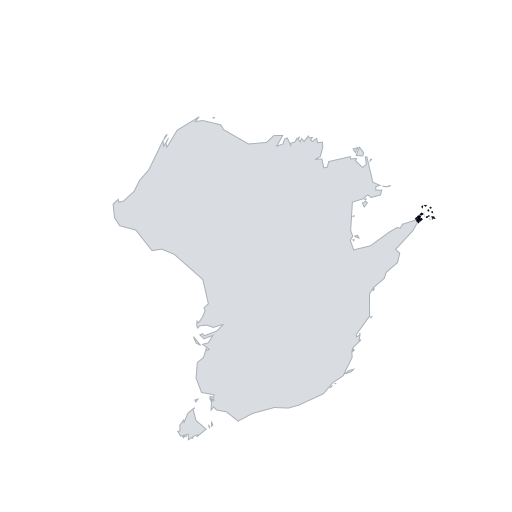 Torres, Queensland, Australia (highlighted), rotated 53°
{"feature_id": "25037944B43303794043608", "entity_name": "Torres", "entity_type": "district", "adm_level": 2, "iso_a3": "AUS", "parent_name": "Australia", "parent_adm1": "Queensland", "projection": "equal_earth", "projection_center": [142.441, -10.073], "detail": "fine", "context": "in_parent", "style": "filled", "palette": "ink", "viewbox_px": 512, "rotation_deg": 53, "n_neighbors": 0, "source": "geoboundaries", "source_scale": "gbopen_adm2", "svg_char_len": 7140}
<svg xmlns="http://www.w3.org/2000/svg" viewBox="0 0 512 512"><g transform="rotate(53 256 256)"><path d="M330.3,115.8L334.7,140.6L340.2,139.4L346.4,146.8L347.4,161.8L351.1,167.0L351.9,181.0L354.5,188.1L372.4,201.5L379.1,223.3L381.1,224.4L381.6,220.5L385.4,224.4L386.1,222.5L387.5,233.5L389.7,236.8L394.7,240.1L404.1,258.5L403.4,270.7L406.6,285.2L400.7,312.1L396.9,321.7L388.0,332.6L379.5,353.9L377.1,369.7L362.6,373.4L355.3,380.2L350.9,380.7L352.1,384.6L345.2,379.0L346.2,377.7L345.8,376.3L344.5,376.2L342.1,378.7L340.5,377.2L343.3,374.9L341.7,373.1L332.2,381.6L317.5,377.4L305.9,367.1L305.4,358.9L300.0,351.5L302.2,351.8L302.2,349.6L294.4,351.8L296.6,346.3L293.5,338.2L290.8,347.4L285.1,348.3L286.0,345.3L288.6,345.2L292.3,332.6L291.0,323.0L287.3,333.1L281.6,336.9L277.9,342.9L278.5,345.9L276.2,345.5L272.4,342.2L274.7,342.1L272.9,336.2L269.1,329.5L266.1,328.7L265.5,322.8L242.8,312.6L205.4,320.3L193.8,327.2L189.1,335.8L163.0,336.4L149.8,346.6L140.2,345.9L128.7,339.0L127.8,332.0L130.5,333.2L132.4,328.9L131.1,314.6L125.6,303.6L122.7,289.8L107.8,260.7L112.9,263.8L109.2,254.9L111.7,260.1L115.5,261.7L108.1,243.3L110.7,217.6L112.0,223.7L115.8,217.0L130.1,205.2L135.5,205.9L162.1,194.5L171.6,179.3L170.6,169.3L175.8,162.1L180.7,173.3L182.8,167.1L179.8,162.7L180.5,160.0L189.5,161.8L186.7,160.7L188.4,156.3L186.7,152.4L191.4,151.9L189.6,149.0L193.6,148.6L192.1,144.4L195.4,139.7L195.8,142.5L198.5,142.1L198.6,136.8L202.6,138.7L205.1,134.4L209.4,137.3L215.3,144.8L214.4,150.7L218.2,145.0L226.4,148.8L228.0,145.6L224.3,141.1L233.5,120.8L235.4,122.1L238.6,117.0L239.7,119.2L249.5,117.6L249.2,112.7L242.6,109.1L243.6,107.8L267.4,118.3L274.3,114.5L272.6,118.5L275.6,120.7L279.1,115.9L282.2,119.9L278.5,129.0L274.4,129.8L274.7,136.3L271.0,146.6L292.5,165.0L298.4,166.9L300.2,171.3L309.9,174.3L316.7,158.4L317.1,134.9L318.2,126.1L320.6,124.0L318.8,119.9L324.7,102.9L330.3,115.8ZM340.2,398.4L351.2,402.9L364.3,400.1L364.8,412.3L364.0,410.1L362.6,412.7L362.1,420.6L357.5,417.4L354.5,424.6L348.9,424.1L350.0,422.0L345.2,418.6L343.4,412.4L345.5,413.5L340.5,404.9L340.2,398.4ZM231.4,107.9L238.3,107.9L240.4,110.5L235.9,115.5L231.4,107.9ZM282.8,354.4L294.0,354.1L289.3,356.2L282.8,354.4ZM280.6,135.0L282.0,140.1L277.7,139.2L278.3,135.6L280.6,135.0ZM403.5,256.4L403.4,250.8L405.2,246.2L405.8,249.5L403.5,256.4ZM361.4,391.2L365.0,392.2L365.1,393.9L361.4,391.2ZM230.8,109.4L233.2,114.4L228.9,114.1L230.8,109.4ZM336.3,391.9L334.2,391.5L335.4,388.5L336.3,391.9ZM303.6,162.9L301.6,164.4L299.5,165.3L300.5,162.5L303.6,162.9ZM107.6,259.4L105.8,256.7L105.4,254.2L105.7,254.1L107.6,259.4ZM364.3,395.6L365.7,396.8L363.0,395.8L364.3,395.6ZM388.9,234.2L390.4,234.2L390.4,236.7L388.9,234.2ZM352.4,180.7L354.2,182.3L353.9,183.1L352.4,180.7ZM357.3,421.7L357.4,423.6L356.1,423.0L357.3,421.7ZM405.7,272.8L405.7,275.8L405.5,275.7L405.7,272.8ZM248.8,107.7L247.6,106.3L248.4,105.6L248.8,107.7ZM280.5,107.9L278.9,110.5L280.8,106.0L280.5,107.9ZM406.0,269.1L405.2,270.1L405.8,269.0L406.0,269.1ZM283.4,154.2L282.5,154.7L283.0,153.5L283.4,154.2ZM277.2,134.9L276.0,135.1L276.7,133.6L277.2,134.9ZM120.5,205.3L120.3,207.3L119.8,207.2L120.5,205.3ZM322.7,101.7L322.6,103.4L322.2,102.2L322.7,101.7ZM344.5,377.0L344.8,377.9L344.4,377.6L344.5,377.0ZM278.5,111.2L276.3,112.9L278.5,110.8L278.5,111.2ZM192.2,141.9L191.4,143.1L191.9,141.7L192.2,141.9ZM358.1,420.3L357.4,420.7L357.8,419.9L358.1,420.3ZM302.7,168.9L301.4,168.9L302.1,167.8L302.7,168.9ZM187.9,151.0L187.3,151.7L187.2,150.1L187.9,151.0ZM363.5,416.2L362.5,416.7L362.8,415.6L363.5,416.2ZM323.5,97.0L323.3,98.1L322.7,97.6L323.5,97.0ZM343.9,378.3L344.9,379.2L343.3,378.9L343.9,378.3ZM374.5,201.4L373.7,201.4L374.1,200.1L374.5,201.4ZM380.9,220.3L380.4,220.3L380.8,219.3L380.9,220.3ZM340.7,396.9L340.5,397.7L340.2,396.8L340.7,396.9Z" fill="#d9dde1" stroke="#a8b0b8" stroke-width="1"/><path d="M326.9,105.9L326.8,105.7L326.7,105.5L326.4,105.6L326.3,105.3L326.2,105.3L325.9,105.3L325.9,105.2L326.0,105.0L325.9,105.0L325.9,104.8L325.7,104.5L325.8,104.6L325.7,104.6L325.8,104.8L325.7,104.8L325.8,104.8L325.6,104.6L325.4,104.9L325.5,105.0L325.4,104.9L325.4,105.0L325.2,105.2L325.1,105.3L325.0,105.6L324.9,105.7L325.0,105.4L324.9,105.3L325.1,105.2L325.2,104.8L325.1,104.7L325.2,104.3L325.3,104.3L325.3,104.2L325.5,103.4L325.3,103.2L325.5,103.0L325.4,102.9L325.3,102.7L325.2,102.8L325.0,103.0L324.7,103.0L324.6,102.9L324.4,103.1L324.8,103.1L325.1,103.1L325.1,103.5L324.9,103.6L324.7,103.7L324.9,103.9L324.5,105.0L324.5,105.4L324.5,105.5L324.4,105.5L324.5,105.7L324.5,105.8L324.4,105.7L324.4,105.9L326.9,105.9ZM322.7,101.7L322.5,101.9L322.4,102.0L322.1,102.2L322.1,102.3L322.0,102.7L322.1,102.9L322.0,103.0L322.3,103.3L322.3,103.5L322.4,103.4L322.5,103.5L322.6,103.3L322.8,103.1L323.1,103.0L323.0,102.9L323.2,103.1L323.3,103.0L323.3,102.9L323.1,102.4L323.1,102.2L322.9,102.0L322.8,101.9L322.7,101.7ZM322.9,105.2L322.5,105.1L322.2,105.4L322.2,105.5L322.5,105.9L322.9,105.4L322.9,105.2ZM323.1,101.6L323.0,101.8L323.2,102.2L323.5,102.1L323.7,101.9L323.7,101.7L323.5,101.4L323.4,101.5L323.2,101.5L323.1,101.6ZM326.6,105.5L326.6,105.2L326.4,105.0L326.2,105.0L326.3,105.2L326.5,105.3L326.5,105.5L326.6,105.5ZM323.6,91.0L323.3,90.8L323.2,90.8L323.2,91.0L323.5,91.1L323.6,91.0ZM327.6,95.8L327.8,96.1L327.9,95.9L327.8,95.7L327.7,95.7L327.6,95.8ZM328.1,94.0L328.5,94.0L328.3,93.9L328.1,93.9L328.1,94.0ZM323.6,100.8L323.4,101.0L323.5,101.1L323.6,100.8ZM326.3,88.9L326.6,89.0L326.8,88.9L326.5,88.8L326.4,88.9L326.3,88.9ZM326.1,102.0L326.2,102.3L326.3,102.2L326.2,102.0L326.1,101.9L326.1,102.0ZM325.7,103.1L325.9,103.3L326.0,103.3L325.9,103.2L326.0,103.1L325.9,103.1L325.8,102.9L325.7,102.9L325.7,103.1ZM323.3,103.0L323.5,103.0L323.5,102.9L323.4,102.8L323.3,103.0ZM322.4,87.4L322.4,87.6L322.6,87.6L322.6,87.4L322.4,87.4ZM322.1,99.2L322.1,99.5L322.3,99.4L322.2,99.3L322.2,99.2L322.1,99.2ZM324.2,103.1L324.2,103.3L324.3,103.2L324.3,102.9L324.2,102.9L324.2,103.0L324.2,103.1ZM322.5,101.7L322.4,101.7L322.4,101.8L322.5,101.8L322.5,101.7ZM322.8,101.5L323.0,101.5L322.9,101.4L322.8,101.5ZM322.4,101.4L322.5,101.3L322.3,101.4L322.4,101.4ZM323.0,87.4L323.0,87.5L323.0,87.4L323.0,87.4ZM322.4,97.9L322.5,97.8L322.5,97.7L322.4,97.7L322.4,97.9ZM325.9,101.8L326.0,101.7L325.9,101.7L325.9,101.8ZM321.6,99.3L321.6,99.2L321.6,99.3ZM324.4,103.6L324.3,103.8L324.4,103.7L324.4,103.6ZM325.1,97.5L325.2,97.4L325.1,97.5L325.1,97.5ZM331.2,91.5L331.3,91.5L331.3,91.4L331.2,91.5L331.2,91.5ZM321.8,98.2L321.7,98.2L321.7,98.3L321.8,98.3L321.8,98.2ZM322.9,103.2L322.9,103.3L322.9,103.2ZM328.7,93.4L328.7,93.5L328.7,93.4ZM331.2,94.9L331.1,95.1L331.2,94.9ZM324.0,103.5L324.1,103.4L324.0,103.5ZM330.9,93.1L331.0,93.0L330.9,93.1L330.9,93.1ZM321.9,98.6L322.0,98.5L321.9,98.5L321.9,98.6ZM321.9,98.3L322.0,98.4L321.9,98.3ZM322.4,94.9L322.4,95.0L322.4,94.9L322.4,94.9ZM317.9,90.5L317.9,90.4L317.8,90.5L317.9,90.5ZM321.8,98.0L321.7,97.9L321.8,98.0L321.8,98.0ZM322.3,87.5L322.3,87.4L322.3,87.5ZM332.3,92.9L332.4,92.7L332.4,92.8L332.3,92.9ZM332.7,91.0L332.8,90.9L332.7,90.9L332.7,91.0ZM331.9,94.2L332.0,94.2L331.9,94.2ZM322.3,87.5L322.4,87.4L322.3,87.5ZM326.4,97.2L326.4,97.3L326.4,97.2ZM316.7,93.7L316.8,93.7L316.7,93.6L316.7,93.7Z" fill="#0f172a" stroke="#020617" stroke-width="1.5"/></g></svg>